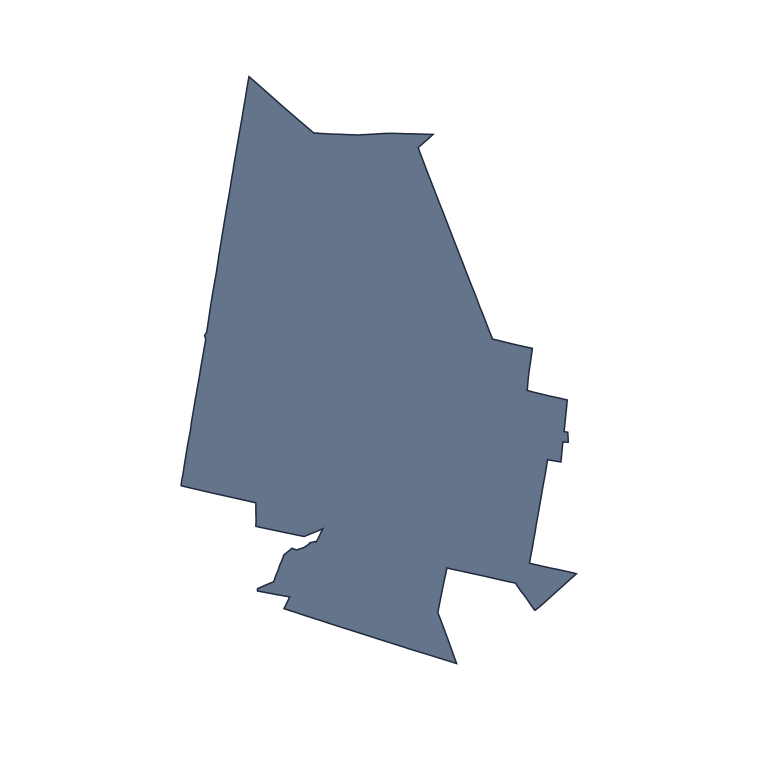 Comlosu Mare, Timis, Romania, rotated 206°
{"feature_id": "2599482B85434037080352", "entity_name": "Comlosu Mare", "entity_type": "district", "adm_level": 2, "iso_a3": "ROU", "parent_name": "Romania", "parent_adm1": "Timis", "projection": "equal_earth", "projection_center": [20.641, 45.886], "detail": "fine", "context": "isolated", "style": "filled", "palette": "slate", "viewbox_px": 768, "rotation_deg": 206, "n_neighbors": 0, "source": "geoboundaries", "source_scale": "gbopen_adm2", "svg_char_len": 3915}
<svg xmlns="http://www.w3.org/2000/svg" viewBox="0 0 768 768"><g transform="rotate(206 384 384)"><path d="M640.1,601.1L638.2,594.2L636.1,587.2L634.0,580.4L632.0,573.4L629.9,566.3L627.8,559.3L625.8,552.3L623.8,545.2L621.7,538.2L619.7,531.2L617.6,524.2L615.8,517.8L614.8,514.3L613.6,510.8L612.9,508.5L611.8,504.5L609.8,497.9L608.8,494.8L607.8,491.5L605.8,484.7L603.9,477.9L602.1,471.6L601.9,470.9L600.0,464.6L599.6,463.3L598.1,458.0L597.5,456.3L596.0,451.1L595.0,447.7L594.1,444.7L592.2,438.6L591.6,436.6L590.2,432.0L589.9,431.1L589.8,430.8L589.2,429.0L589.3,428.9L586.7,420.6L583.5,410.5L580.3,399.1L577.4,389.1L574.2,378.5L569.8,364.6L566.1,353.1L566.5,348.8L564.1,346.6L563.8,345.9L558.1,326.2L556.1,319.2L555.6,317.5L554.0,312.3L552.1,306.0L551.9,305.2L550.2,299.1L549.6,297.1L548.2,292.4L547.8,290.9L547.7,290.5L547.2,288.3L546.3,285.4L544.3,278.8L542.2,271.7L540.3,265.0L539.3,262.2L538.0,258.5L535.8,250.5L533.9,243.6L531.8,236.4L529.7,229.6L527.7,222.8L525.5,216.0L523.8,209.8L522.9,206.6L522.0,204.0L521.6,203.7L521.3,203.7L509.3,206.4L496.6,209.3L483.9,212.3L471.0,215.4L458.6,218.3L447.1,221.0L446.0,218.8L442.7,212.1L439.4,205.8L436.8,199.9L433.6,200.6L421.7,203.6L409.7,206.6L397.1,209.8L388.9,211.9L385.5,215.8L379.1,222.9L377.7,224.5L375.6,227.0L375.6,225.8L375.5,218.9L375.6,212.4L376.8,212.3L377.5,211.6L378.0,211.2L379.9,209.7L381.0,208.8L381.2,208.5L381.4,208.1L381.4,207.7L381.3,207.4L381.2,207.3L381.2,207.2L381.3,207.0L381.4,206.9L383.3,203.6L384.5,201.7L386.7,199.6L390.0,196.4L392.9,196.2L394.8,196.0L396.4,192.2L398.3,188.2L399.1,186.5L398.8,184.2L398.4,179.3L398.4,178.4L398.3,176.9L398.2,174.1L397.9,172.6L397.7,171.4L397.6,170.8L397.3,166.2L397.3,164.5L397.3,163.9L396.6,160.2L396.6,159.9L396.6,159.4L396.6,157.8L397.5,156.8L399.9,154.1L402.3,151.4L405.6,147.4L406.5,146.3L408.0,144.7L407.0,142.5L401.8,143.9L394.5,145.9L388.2,147.6L375.4,151.3L375.4,143.4L375.4,138.2L364.4,139.8L360.7,140.3L351.6,141.5L342.2,142.9L324.3,145.4L321.4,145.8L299.1,149.1L276.5,152.4L268.6,153.6L254.1,155.7L250.5,156.3L245.4,156.9L231.9,159.1L209.3,162.6L204.7,163.3L196.2,164.6L199.7,168.0L212.5,180.5L215.7,183.6L225.7,193.1L229.8,197.0L235.4,202.1L236.7,207.0L239.4,217.1L242.2,227.9L244.7,237.9L245.2,240.3L246.8,246.3L243.2,247.0L231.6,249.9L220.8,252.5L210.6,255.0L198.9,257.7L192.6,259.2L185.0,261.0L178.5,262.7L177.2,261.8L169.0,257.2L168.0,256.7L166.8,256.2L165.7,255.8L165.0,255.5L164.9,255.2L163.1,254.4L155.2,249.8L149.2,246.5L149.2,246.4L147.8,249.2L144.9,255.7L143.5,259.1L142.0,263.0L139.2,269.9L136.3,277.1L133.6,283.7L130.8,290.7L128.2,296.9L127.9,297.8L130.1,297.4L138.2,295.5L145.8,293.7L154.0,291.5L162.4,289.5L174.6,286.7L176.7,293.8L178.8,301.7L181.0,308.9L183.1,316.6L185.4,324.1L187.5,331.4L189.6,338.9L191.7,346.1L193.9,353.8L196.1,361.1L198.3,369.1L200.0,375.3L202.0,381.7L203.8,387.6L197.4,389.5L190.8,391.5L192.4,395.9L194.2,400.5L195.9,405.2L197.8,410.2L192.9,412.5L195.0,416.5L197.7,421.2L201.2,420.2L205.0,430.3L209.4,442.4L212.3,450.0L220.7,448.1L230.2,445.7L239.1,443.8L244.2,442.6L252.4,441.0L255.2,448.1L257.5,454.2L259.8,460.9L261.8,467.5L263.8,473.7L266.3,481.1L279.2,477.9L288.5,475.8L296.6,474.1L306.1,472.0L311.7,477.0L326.1,490.4L331.6,495.2L336.3,499.7L341.9,505.0L348.4,510.8L354.8,516.7L361.0,522.4L366.8,527.9L373.3,533.8L381.2,541.1L389.2,548.5L399.1,557.7L405.1,563.3L412.7,570.2L419.8,576.7L427.3,583.7L437.1,592.7L444.8,600.0L451.7,606.4L456.9,611.5L450.7,626.3L449.3,629.8L450.4,629.3L455.8,626.9L471.4,619.8L474.3,618.4L485.1,613.6L490.6,610.9L495.7,608.1L499.5,605.9L508.0,601.2L512.7,598.5L513.7,598.1L514.2,597.8L515.3,597.0L517.5,596.0L520.2,594.8L523.7,593.2L533.9,588.8L538.6,586.6L546.0,583.4L547.2,583.0L550.2,581.7L552.2,580.8L553.8,580.3L554.1,580.4L554.2,580.0L557.5,578.9L571.7,582.6L576.5,583.8L589.7,587.3L592.6,588.0L600.9,590.3L619.6,595.5L628.1,597.9L639.7,601.0L640.1,601.1Z" fill="#64748b" stroke="#1e293b" stroke-width="1.5"/></g></svg>